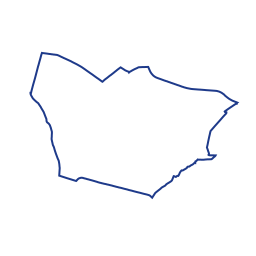 Coyoacán, Distrito Federal, Mexico (Mercator projection), rotated 191°
{"feature_id": "50627088B91322923127340", "entity_name": "Coyoacán", "entity_type": "district", "adm_level": 2, "iso_a3": "MEX", "parent_name": "Mexico", "parent_adm1": "Distrito Federal", "projection": "mercator", "projection_center": [-99.152, 19.328], "detail": "fine", "context": "isolated", "style": "outline", "palette": "blue", "viewbox_px": 256, "rotation_deg": 191, "n_neighbors": 0, "source": "geoboundaries", "source_scale": "gbopen_adm2", "svg_char_len": 5497}
<svg xmlns="http://www.w3.org/2000/svg" viewBox="0 0 256 256"><g transform="rotate(191 128 128)"><path d="M152.1,69.6L150.0,69.4L148.0,69.2L147.5,69.1L146.3,69.0L145.1,68.9L144.4,68.9L144.0,68.9L143.4,68.8L142.6,68.8L141.1,68.7L138.9,68.7L137.9,68.6L136.4,68.6L134.7,68.5L132.5,68.4L131.7,68.3L130.2,68.2L129.8,68.2L128.8,68.1L126.6,68.0L125.5,67.9L123.8,67.9L119.6,67.6L119.3,67.6L117.1,67.5L115.2,67.3L112.5,67.2L110.0,67.0L106.7,66.8L104.0,66.7L101.3,66.5L99.7,66.4L97.0,66.3L95.8,66.2L94.7,66.1L93.9,65.9L93.5,65.7L93.2,65.6L92.7,65.3L91.0,64.2L89.6,67.6L89.0,69.1L88.9,69.3L88.5,69.9L87.4,71.2L86.2,72.6L84.8,74.2L84.2,75.0L83.8,75.6L83.2,76.3L82.7,76.7L80.7,78.4L80.6,78.5L80.4,78.7L80.3,78.9L79.9,79.6L79.7,80.0L78.3,81.4L78.0,81.6L76.5,83.0L75.8,83.7L75.5,84.0L75.2,84.4L75.0,84.8L74.8,85.2L74.0,89.3L73.9,89.3L73.7,89.3L73.6,89.5L71.7,89.1L70.6,90.3L70.3,90.5L70.0,90.6L69.5,90.6L69.1,91.6L69.0,92.1L68.7,93.3L68.6,94.0L68.5,94.3L68.3,94.7L68.0,95.4L67.7,96.0L67.3,96.6L66.7,96.6L66.4,96.7L65.9,97.0L64.8,98.0L63.6,99.0L62.6,100.1L62.4,100.8L62.2,101.2L62.0,101.4L61.0,101.7L60.4,101.9L59.7,102.7L59.3,103.2L58.6,103.7L57.5,104.6L56.9,105.3L55.8,106.9L55.3,106.7L55.4,108.1L54.7,108.6L53.9,109.8L53.5,110.4L53.2,110.3L52.9,110.3L52.6,110.4L49.8,110.9L47.7,111.3L46.1,111.8L44.0,112.4L42.6,112.7L41.2,113.0L40.8,113.1L40.4,113.2L40.0,113.4L39.8,113.7L39.5,113.9L39.2,114.3L38.3,115.6L37.5,116.5L37.0,117.2L36.8,117.8L39.2,117.4L42.6,116.8L43.2,116.8L43.4,116.8L43.6,116.9L43.8,117.0L43.6,117.4L43.6,117.6L43.6,117.8L43.6,118.2L43.7,118.5L43.9,118.9L44.2,119.5L44.8,120.4L45.7,122.1L46.3,123.1L46.8,123.9L46.7,127.0L46.7,130.2L46.6,135.1L46.5,137.6L46.5,138.3L46.4,140.6L46.3,140.9L43.2,146.3L39.1,153.2L36.8,157.2L34.5,160.9L34.4,161.0L34.3,161.5L34.4,161.9L34.4,162.1L35.4,162.2L35.8,162.2L36.2,162.7L35.6,163.4L35.3,163.7L33.4,165.7L31.8,167.3L26.6,172.5L26.4,172.4L26.2,172.2L26.1,171.7L25.7,173.4L25.7,173.7L25.6,173.8L27.0,174.1L27.9,174.2L28.3,174.3L29.8,174.6L30.5,174.7L31.5,175.0L32.4,175.3L34.2,175.9L36.3,176.9L37.6,177.6L38.4,178.0L39.2,178.5L39.6,178.8L40.3,179.3L41.0,179.6L42.1,180.1L43.0,180.5L43.8,180.7L44.5,180.9L45.4,181.1L46.2,181.2L46.6,181.2L47.3,181.3L48.2,181.3L49.3,181.2L56.7,180.3L59.2,180.0L59.6,180.0L63.1,179.6L63.6,179.5L64.0,179.5L67.0,179.1L68.9,178.9L69.6,178.8L70.6,178.7L72.3,178.5L73.8,178.4L74.4,178.4L75.3,178.4L76.4,178.4L77.8,178.4L80.2,178.6L80.6,178.6L81.2,178.7L81.7,178.8L83.0,178.9L84.1,179.1L85.3,179.3L86.5,179.5L87.7,179.6L88.8,179.8L91.0,180.1L91.4,180.2L92.4,180.3L93.6,180.5L93.9,180.5L94.6,180.6L94.9,180.7L97.2,181.0L97.8,181.1L98.2,181.2L98.9,181.3L99.5,181.3L100.7,181.5L101.0,181.5L102.8,181.8L105.2,182.2L108.0,182.6L108.5,182.7L109.1,182.8L109.6,182.9L110.4,183.1L110.5,183.1L111.0,183.3L112.0,183.7L113.0,184.2L113.5,184.5L114.0,184.9L115.3,185.9L115.6,186.2L116.0,186.6L116.5,187.1L117.5,188.4L118.3,189.6L118.6,190.0L119.8,191.8L120.3,191.7L121.2,191.5L122.5,191.2L123.8,190.9L125.3,190.6L128.5,189.8L128.9,189.7L129.2,189.6L129.5,189.4L130.0,189.0L130.5,188.6L131.2,188.1L132.5,187.2L133.4,186.5L135.0,185.2L136.1,184.2L136.7,183.7L137.2,183.3L137.6,182.7L138.1,183.4L138.5,183.4L139.2,183.5L140.1,183.7L141.0,183.9L141.8,184.1L143.0,184.6L144.0,185.0L145.3,185.5L146.8,186.1L147.3,185.6L148.4,184.4L149.4,183.3L150.8,181.6L151.5,180.8L151.6,180.7L152.4,179.7L153.0,179.0L153.7,178.2L153.8,178.1L154.3,177.5L154.4,177.4L154.8,176.9L155.2,176.5L155.4,176.3L155.9,175.8L157.4,174.0L158.7,172.5L159.3,171.9L160.3,170.7L161.9,168.5L162.0,168.5L165.6,170.2L166.2,170.5L168.1,171.3L172.0,173.1L173.0,173.6L175.6,174.7L177.1,175.4L178.5,176.0L180.9,177.1L181.3,177.3L184.5,178.7L185.5,179.1L186.3,179.4L188.4,180.1L190.5,180.8L195.2,182.1L196.3,182.5L198.7,183.1L201.2,183.7L202.4,184.0L203.7,184.3L204.7,184.5L205.6,184.8L206.6,185.0L209.5,185.8L210.5,186.0L210.9,186.1L211.7,186.2L212.4,186.1L212.8,186.1L214.4,186.0L214.7,186.0L215.0,185.9L216.3,185.9L216.9,185.8L217.9,185.8L219.0,185.7L220.8,185.6L221.4,185.6L224.5,185.4L226.0,185.3L226.6,185.3L226.8,185.3L227.1,182.8L227.3,179.8L227.6,176.3L227.9,172.2L228.0,171.7L228.4,165.2L228.8,159.0L229.4,152.1L229.8,146.2L229.9,143.8L230.4,143.8L230.3,143.3L230.1,142.8L229.9,142.4L229.5,141.8L228.7,140.8L227.8,139.8L227.3,139.2L227.0,138.9L226.3,138.4L225.3,137.7L224.0,136.9L223.2,136.4L221.9,135.7L221.2,135.4L220.9,135.2L220.5,134.9L220.3,134.6L217.6,131.9L217.0,131.1L215.0,128.9L214.0,127.8L213.4,126.9L211.4,123.7L210.7,122.6L210.1,121.7L209.9,121.4L209.7,120.8L209.4,119.7L209.2,119.1L209.1,118.9L208.8,118.5L208.4,118.1L207.0,117.4L206.3,116.9L205.7,116.3L205.2,115.8L203.8,113.4L203.7,113.3L203.6,113.0L203.2,112.2L202.5,110.8L202.2,110.3L201.9,109.4L201.8,108.8L201.7,108.2L201.6,107.8L201.6,107.6L201.5,106.8L201.4,106.1L201.3,105.6L201.1,104.4L201.1,103.9L201.0,103.2L200.9,102.8L200.9,102.6L200.8,102.4L200.7,102.0L199.6,99.5L199.5,99.3L199.2,98.6L198.7,97.4L198.5,97.0L198.4,96.8L198.1,96.5L197.7,95.9L197.5,95.6L197.1,95.1L195.9,92.7L195.2,91.4L193.9,89.1L191.1,84.5L190.5,83.7L189.9,82.8L189.7,82.5L188.7,79.9L188.4,79.0L187.8,76.9L187.4,75.7L187.2,74.2L186.6,69.5L186.4,68.1L178.1,67.1L174.3,66.7L174.1,66.7L173.5,66.6L168.8,66.1L168.4,66.6L168.3,66.9L167.6,68.0L167.3,68.4L166.9,68.8L166.6,69.1L166.2,69.4L165.8,69.6L165.4,69.8L165.1,70.0L164.3,70.3L164.0,70.3L163.4,70.4L162.8,70.4L162.6,70.4L162.3,70.3L161.9,70.3L160.4,70.2L159.7,70.2L159.0,70.1L157.7,70.0L157.0,70.0L156.2,69.9L153.3,69.7L152.1,69.6Z" fill="none" stroke="#1e3a8a" stroke-width="2"/></g></svg>